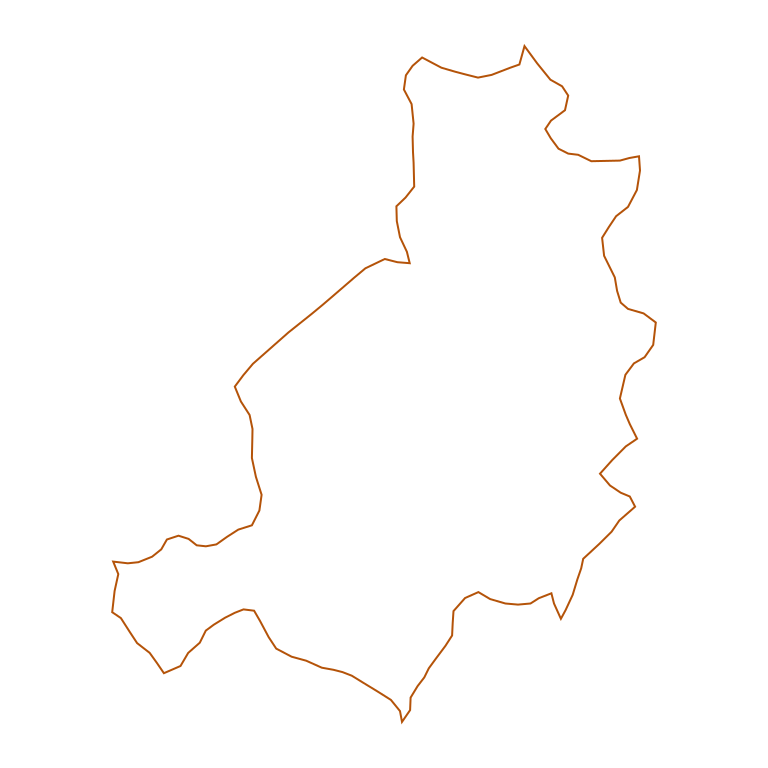 outline of Pindorama, São Paulo, Brazil
{"feature_id": "56859067B36647216978895", "entity_name": "Pindorama", "entity_type": "district", "adm_level": 2, "iso_a3": "BRA", "parent_name": "Brazil", "parent_adm1": "São Paulo", "projection": "mercator", "projection_center": [-48.915, -21.203], "detail": "fine", "context": "isolated", "style": "outline", "palette": "amber", "viewbox_px": 768, "rotation_deg": 0, "n_neighbors": 0, "source": "geoboundaries", "source_scale": "gbopen_adm2", "svg_char_len": 2043}
<svg xmlns="http://www.w3.org/2000/svg" viewBox="0 0 768 768"><path d="M639.0,156.3L629.4,158.0L619.9,160.6L591.3,161.2L578.2,154.8L568.2,153.6L558.5,148.7L550.8,138.3L545.3,129.0L551.0,120.6L565.0,110.2L568.2,95.6L562.1,86.3L550.4,79.7L537.2,63.4L524.5,46.1L519.4,64.5L510.3,67.7L491.6,74.9L478.0,77.6L465.3,74.4L455.1,71.7L441.4,67.7L422.1,57.5L412.6,65.8L405.9,75.3L403.9,89.5L411.6,104.1L413.6,123.7L412.6,136.6L413.0,152.1L413.6,162.9L414.2,186.6L405.5,197.6L396.4,206.3L396.8,221.1L400.0,237.2L406.9,251.8L409.7,263.2L397.4,262.2L384.8,259.0L365.4,268.3L353.8,278.0L335.4,293.9L322.8,304.7L311.8,313.8L288.5,332.4L252.9,363.8L243.3,375.2L234.8,386.6L240.9,401.5L249.6,415.0L252.5,429.0L252.3,440.0L251.9,458.0L255.9,476.8L261.6,494.8L259.4,510.5L251.9,525.3L238.3,529.6L227.1,536.8L216.4,544.4L205.9,546.3L196.7,545.3L188.6,538.9L178.5,535.7L166.9,539.5L161.3,549.3L152.1,556.7L138.4,562.2L127.8,563.3L113.2,561.6L118.3,574.1L114.6,591.0L112.2,612.2L120.9,618.1L130.0,632.3L137.1,643.1L149.7,652.9L156.8,662.8L163.9,673.2L180.5,666.0L188.2,652.9L199.8,642.7L205.8,630.6L213.8,624.7L225.1,617.7L234.8,612.8L243.5,609.4L254.1,610.7L260.0,620.9L268.7,637.2L276.2,648.6L291.6,656.7L306.2,660.7L321.8,667.7L333.5,669.8L342.5,672.1L351.8,675.7L362.5,682.3L377.1,691.2L390.9,699.9L400.0,711.1L402.0,721.9L410.1,710.1L410.6,697.6L417.6,686.1L424.3,677.4L428.8,668.3L435.9,658.6L445.4,645.9L452.1,635.5L452.7,623.0L453.5,611.1L465.1,598.0L478.4,592.1L490.2,599.1L505.4,603.5L518.0,604.6L530.5,603.5L538.8,598.2L551.4,593.3L554.0,603.5L560.9,618.8L565.6,610.1L572.7,594.8L577.3,579.6L581.2,568.3L583.2,558.8L599.4,543.8L611.6,531.7L619.3,520.5L635.1,506.7L629.8,496.5L620.7,492.7L610.0,485.5L600.0,473.7L612.2,460.1L625.8,446.4L637.1,438.7L629.8,424.1L625.8,414.8L619.9,398.5L625.4,374.8L633.9,363.4L644.6,357.2L653.2,344.9L655.8,322.5L643.6,313.4L628.0,308.9L620.7,302.6L617.1,290.9L614.8,277.4L604.1,255.8L602.1,237.8L609.0,226.8L616.1,216.2L628.0,206.9L636.9,190.0L640.0,170.5L639.0,156.3Z" fill="none" stroke="#b45309" stroke-width="2"/></svg>